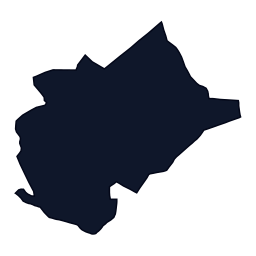 outline of Al-Hashimiya, Babil, Iraq
{"feature_id": "34846034B94541768038664", "entity_name": "Al-Hashimiya", "entity_type": "district", "adm_level": 2, "iso_a3": "IRQ", "parent_name": "Iraq", "parent_adm1": "Babil", "projection": "albers", "projection_center": [44.815, 32.38], "detail": "fine", "context": "isolated", "style": "filled", "palette": "ink", "viewbox_px": 256, "rotation_deg": 0, "n_neighbors": 0, "source": "geoboundaries", "source_scale": "gbopen_adm2", "svg_char_len": 2380}
<svg xmlns="http://www.w3.org/2000/svg" viewBox="0 0 256 256"><path d="M240.6,116.9L240.0,114.8L239.5,111.8L238.7,105.9L238.7,102.7L238.3,100.6L228.8,100.0L220.5,99.5L214.5,98.8L212.7,98.6L209.0,98.6L208.4,96.1L208.2,93.8L207.7,91.3L206.1,88.3L202.8,86.5L199.3,85.4L196.6,83.3L194.1,80.6L190.4,76.7L188.9,73.7L187.3,70.7L185.0,66.8L183.2,61.6L181.5,57.0L179.2,52.6L177.2,49.4L175.7,47.4L172.8,45.1L169.7,42.8L168.5,41.9L167.0,40.7L165.8,36.1L163.7,30.0L162.1,23.8L161.4,22.0L160.5,22.7L148.0,33.5L139.3,40.4L130.8,47.8L120.0,56.3L108.8,65.4L104.4,68.9L92.2,61.8L85.2,55.1L77.7,65.0L77.4,66.8L76.0,70.1L53.0,69.9L45.2,72.4L36.1,76.4L33.4,77.4L34.2,84.9L40.6,92.5L43.0,95.6L44.2,97.3L44.4,100.5L44.8,100.8L46.7,102.7L45.0,105.3L36.4,107.4L31.5,110.0L25.3,113.6L22.6,115.2L17.7,119.6L16.2,121.1L16.0,123.3L15.8,125.7L15.6,129.0L16.5,131.9L20.1,136.7L20.5,138.9L19.8,141.7L19.8,143.5L21.4,147.8L21.1,150.8L19.6,153.1L17.0,156.4L20.2,164.2L24.5,173.2L29.0,182.5L32.7,189.5L33.7,191.4L34.4,196.0L31.6,196.0L27.6,194.0L25.6,192.3L23.5,189.3L21.0,189.2L18.7,189.9L15.4,193.2L15.6,193.3L18.4,195.5L21.1,198.2L23.2,201.1L24.7,201.8L26.0,202.5L28.8,203.5L30.4,203.7L32.8,204.6L34.8,205.6L36.9,206.1L38.7,206.8L40.2,207.1L41.9,209.3L44.3,212.4L47.3,215.5L48.4,216.6L49.3,217.4L52.3,218.1L54.7,218.9L56.8,219.4L58.5,219.6L59.9,219.9L63.3,220.8L66.5,221.7L69.8,222.7L72.1,223.3L75.5,224.2L77.0,224.7L78.0,225.3L80.2,228.1L81.8,229.6L83.2,230.4L85.9,231.8L88.8,232.8L89.9,233.1L90.4,233.3L91.4,233.8L92.9,234.0L94.8,233.8L95.9,233.4L96.6,232.5L98.6,231.0L100.6,229.0L102.1,227.1L102.9,225.8L105.5,223.8L106.8,222.4L110.7,220.0L113.8,217.4L114.5,215.7L115.3,214.0L115.8,211.1L116.2,207.7L116.7,203.3L116.8,201.3L116.8,199.3L115.0,199.3L113.5,199.3L111.5,199.3L110.3,199.3L109.6,195.6L109.4,192.6L109.4,190.2L109.4,188.5L109.5,186.7L110.3,186.1L111.5,185.3L114.1,183.6L116.4,181.7L119.3,183.3L123.4,185.9L130.3,189.3L134.7,191.8L136.7,192.8L139.8,187.9L144.4,181.4L146.9,177.8L148.7,174.5L150.0,173.8L153.3,173.2L157.1,172.4L163.2,171.4L165.5,170.7L166.7,170.2L169.0,167.0L172.6,162.4L174.3,159.1L176.5,156.7L179.1,154.5L182.5,151.5L186.3,148.1L189.5,145.3L192.2,143.1L194.5,140.9L196.8,139.1L198.0,137.8L200.3,135.2L202.2,132.5L203.8,130.1L207.5,128.9L218.5,125.0L225.2,122.7L229.0,121.2L230.4,120.7L237.0,118.4L239.1,117.7L240.6,116.9Z" fill="#0f172a" stroke="#020617" stroke-width="1.5"/></svg>